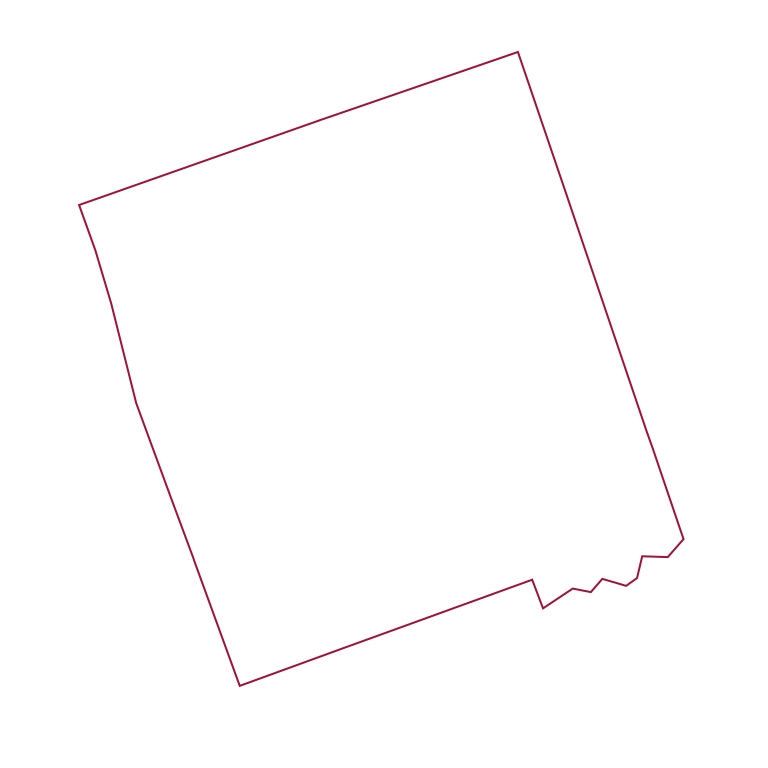 outline of Drew, Arkansas, United States of America, rotated 250°
{"feature_id": "52423323B83124951000608", "entity_name": "Drew", "entity_type": "district", "adm_level": 2, "iso_a3": "USA", "parent_name": "United States of America", "parent_adm1": "Arkansas", "projection": "natural_earth1", "projection_center": [-91.839, 33.591], "detail": "fine", "context": "isolated", "style": "outline", "palette": "rose", "viewbox_px": 768, "rotation_deg": 250, "n_neighbors": 0, "source": "geoboundaries", "source_scale": "gbopen_adm2", "svg_char_len": 478}
<svg xmlns="http://www.w3.org/2000/svg" viewBox="0 0 768 768"><g transform="rotate(250 384 384)"><path d="M149.7,248.9L149.7,257.6L149.4,456.3L118.8,456.7L127.2,491.4L117.7,507.2L126.2,522.5L111.5,542.5L115.1,555.4L133.8,567.7L124.3,591.5L135.8,612.4L231.7,614.5L249.4,614.6L506.6,620.4L650.2,623.4L653.8,415.9L656.5,158.7L608.5,158.5L553.0,155.2L450.7,144.6L349.2,144.9L286.2,145.3L281.7,145.2L149.7,145.2L149.7,248.9Z" fill="none" stroke="#9f1239" stroke-width="2"/></g></svg>